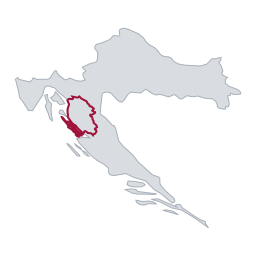 Licko-Senjska on a map of Croatia (Natural Earth projection)
{"feature_id": "HRV-1584", "entity_name": "Licko-Senjska", "entity_type": "County", "adm_level": 1, "iso_a3": "HRV", "parent_name": "Croatia", "parent_adm1": "", "projection": "natural_earth1", "projection_center": [15.249, 44.713], "detail": "fine", "context": "in_parent", "style": "outline", "palette": "rose", "viewbox_px": 256, "rotation_deg": 0, "n_neighbors": 0, "source": "natural_earth", "source_scale": "10m", "svg_char_len": 6307}
<svg xmlns="http://www.w3.org/2000/svg" viewBox="0 0 256 256"><path d="M17.7,77.5L19.1,79.4L29.2,81.8L31.4,80.8L32.7,79.2L32.7,78.2L33.6,77.9L37.1,79.4L48.0,79.2L50.2,78.0L54.3,71.3L55.6,70.7L56.5,71.0L57.1,73.0L58.7,74.9L64.2,79.4L66.2,79.9L68.2,78.7L70.3,78.3L76.3,80.7L81.3,81.2L85.1,79.9L83.2,76.3L82.9,74.5L83.2,72.9L85.7,71.3L85.6,70.6L82.5,67.8L82.7,67.0L89.4,63.9L95.9,62.1L97.0,60.8L97.9,54.9L97.5,51.7L94.9,48.8L94.7,47.3L95.3,45.8L96.3,44.4L102.0,42.8L110.2,39.3L112.7,36.1L114.2,35.6L118.8,36.0L119.8,35.3L119.2,30.7L120.0,29.5L122.4,28.2L126.4,28.7L129.8,29.9L138.6,33.9L143.4,37.7L146.0,41.8L149.6,45.0L154.0,47.3L157.6,50.4L160.2,54.3L163.9,56.5L168.6,56.9L171.6,58.3L172.8,60.5L175.4,62.5L179.3,64.2L185.3,65.2L200.4,66.0L207.0,64.0L212.0,58.6L214.1,59.0L221.1,57.4L220.7,60.6L218.7,62.0L220.8,65.4L222.9,70.8L221.8,73.4L223.2,75.5L227.5,77.6L226.3,78.2L225.4,80.0L225.3,83.2L228.7,86.2L237.9,89.6L240.6,92.3L240.6,93.4L240.2,94.2L233.2,94.4L230.5,93.1L230.3,95.2L227.7,95.9L229.3,103.9L228.7,106.2L227.8,106.9L225.8,106.5L225.3,107.3L225.8,108.9L223.3,109.1L219.2,108.3L217.4,106.7L217.0,103.7L215.7,101.3L212.4,98.8L205.7,98.4L197.9,96.1L192.3,96.8L186.9,95.7L182.2,98.8L179.9,98.8L175.1,94.9L173.7,94.7L169.6,96.6L168.0,96.7L161.1,94.6L158.6,94.3L156.8,95.0L153.5,94.2L145.5,89.2L140.7,93.0L130.7,92.1L127.7,94.7L124.4,99.8L121.6,102.2L119.2,101.3L116.4,99.1L111.4,93.4L109.0,92.4L106.1,92.1L103.6,92.7L102.2,93.9L100.4,109.6L100.3,114.0L105.8,118.1L112.3,125.1L114.4,125.9L115.5,128.2L118.8,140.8L122.1,145.2L133.3,155.5L138.1,162.0L152.5,174.8L158.8,177.1L159.8,178.3L159.9,183.3L160.6,185.1L164.9,190.3L173.6,198.0L174.6,199.7L174.9,201.0L174.3,202.0L172.1,203.1L162.1,194.4L154.3,189.7L145.5,180.9L133.8,177.4L125.8,173.5L115.7,175.3L112.4,175.4L110.0,174.7L108.4,172.3L108.3,168.0L103.7,164.1L97.3,160.5L91.3,155.7L79.2,142.9L76.7,138.7L83.0,137.2L90.1,138.0L82.4,132.6L71.3,121.9L68.0,116.9L67.6,111.4L68.5,104.0L66.5,98.7L58.0,91.8L54.9,88.1L48.6,86.0L45.8,86.2L44.1,88.9L42.8,94.8L32.4,110.6L28.3,110.5L23.8,103.0L19.5,97.3L18.6,91.4L15.4,79.2L17.7,77.5ZM205.3,221.6L205.4,223.4L208.5,227.8L194.6,217.9L181.4,210.0L172.1,208.0L159.4,201.6L151.2,199.3L157.9,198.8L177.5,207.4L175.3,205.1L178.1,204.2L180.5,204.8L182.1,207.6L193.1,215.2L200.1,219.6L205.3,221.6ZM52.4,119.1L52.1,121.0L49.7,118.6L48.6,114.3L45.7,107.4L45.3,105.5L46.8,103.6L46.7,101.6L44.7,95.6L46.4,94.6L47.5,94.5L47.9,98.7L48.8,101.1L51.6,104.0L51.0,108.9L51.6,115.9L52.4,119.1ZM64.8,103.7L60.0,104.7L57.8,102.9L57.2,101.4L53.3,100.9L50.5,97.8L53.8,95.5L55.6,91.7L62.1,99.4L64.8,103.7ZM141.0,186.8L134.9,187.0L129.6,186.1L127.0,184.6L128.0,181.1L133.9,181.4L142.9,182.9L145.1,184.7L144.4,185.5L141.0,186.8ZM156.9,193.9L154.2,194.4L137.0,194.0L131.9,193.0L125.2,189.6L130.8,188.9L136.0,189.6L137.6,191.5L156.9,193.9ZM79.3,134.9L78.3,136.2L68.7,127.6L67.6,124.7L62.8,118.9L62.1,117.3L66.5,121.2L68.1,121.5L72.3,125.2L76.4,130.0L81.2,134.2L79.3,134.9ZM135.9,200.2L143.0,201.6L148.3,201.0L153.0,201.8L156.7,204.1L148.6,203.6L143.7,205.2L139.3,204.3L137.7,203.3L136.5,202.0L135.9,200.2ZM79.3,155.0L79.8,156.2L77.2,155.8L67.8,145.1L66.8,143.1L70.2,145.5L79.3,155.0ZM62.6,110.1L66.5,116.5L62.9,114.5L59.7,113.8L59.0,112.3L60.2,110.0L62.6,110.1ZM173.0,211.3L178.4,214.7L162.8,210.3L166.2,209.8L173.0,211.3ZM86.3,152.5L88.9,156.2L86.4,155.4L83.9,153.2L82.4,150.7L86.3,152.5ZM80.9,148.2L81.5,149.9L76.7,146.7L74.5,143.6L80.9,148.2Z" fill="#d9dde1" stroke="#a8b0b8" stroke-width="1"/><path d="M83.3,133.5L78.0,128.5L76.2,126.2L75.1,125.1L74.0,124.7L73.9,124.5L72.6,123.5L72.3,123.5L72.1,123.1L68.2,117.7L67.6,116.0L68.0,115.4L68.0,114.7L67.7,113.9L67.6,112.9L67.5,110.2L67.6,109.3L68.4,106.3L68.8,105.5L69.0,104.6L68.8,103.5L67.5,100.9L67.7,100.5L67.7,99.9L67.7,99.7L67.8,99.6L69.2,98.8L69.5,98.8L69.9,99.0L70.0,99.1L70.8,99.0L71.9,99.1L72.5,99.1L72.8,99.0L72.9,98.8L73.1,98.5L73.1,98.1L73.1,97.9L72.4,96.6L76.9,97.5L78.2,97.4L79.1,96.6L79.3,96.4L79.5,96.5L79.8,96.9L80.0,97.2L80.2,97.4L80.5,97.7L80.7,97.8L80.9,98.1L81.1,98.3L81.3,98.5L86.5,101.3L86.8,101.6L87.5,103.2L87.7,103.5L88.1,103.9L88.9,104.4L89.1,104.6L89.2,104.8L89.5,105.7L89.6,106.0L89.9,106.3L90.0,106.4L90.2,106.5L90.3,106.5L90.9,106.4L91.4,106.4L91.7,106.6L91.8,106.7L91.9,106.9L92.0,107.1L92.3,107.4L93.8,108.5L93.5,109.4L93.0,109.9L92.3,110.4L92.2,110.5L92.4,110.9L93.0,111.3L93.7,111.6L94.1,111.9L94.3,112.0L95.0,112.1L95.1,112.5L95.1,112.8L94.9,113.0L93.8,113.7L93.4,114.0L93.0,114.2L92.7,114.3L92.5,114.5L92.2,114.6L91.9,114.7L90.6,114.6L90.3,114.7L90.2,114.9L90.2,115.3L90.3,115.7L90.7,116.1L91.0,116.4L91.6,116.8L91.9,116.9L92.1,117.3L92.3,117.7L92.5,118.5L92.5,119.4L92.6,119.7L93.2,120.3L93.4,120.5L93.6,121.5L93.7,121.8L93.7,122.1L93.5,122.4L93.5,122.6L93.7,122.9L96.0,124.9L96.5,125.6L97.1,127.2L95.2,128.5L94.9,128.8L94.8,129.0L95.0,129.4L95.2,129.5L95.3,129.6L95.5,129.7L95.7,129.8L95.8,129.9L95.8,130.1L95.9,130.3L96.0,130.4L96.1,130.5L96.3,130.6L96.5,130.9L96.4,131.2L96.3,131.7L96.0,132.3L95.7,132.8L95.1,133.5L94.7,133.9L94.2,134.1L93.8,134.1L93.5,134.2L93.3,134.3L93.0,135.2L91.7,133.7L91.3,133.4L91.0,133.3L88.1,133.0L87.8,133.0L87.6,132.9L87.4,132.7L86.9,132.1L86.0,131.5L85.5,131.2L85.3,131.1L85.0,131.1L84.6,131.2L84.3,131.5L84.2,131.8L83.3,133.5L83.3,133.5ZM67.3,124.0L66.9,123.7L62.9,119.2L62.2,118.1L61.8,117.0L62.0,117.0L63.6,118.7L66.1,122.0L67.6,123.0L67.4,121.6L68.3,121.6L69.7,122.3L70.7,123.3L71.6,124.6L72.2,125.1L73.6,125.6L74.0,126.1L74.4,126.9L74.9,127.7L74.2,127.6L73.1,126.8L72.3,126.7L72.5,126.2L71.0,125.1L70.2,124.9L69.8,124.6L69.3,124.4L68.6,124.4L68.6,124.7L70.7,125.7L73.9,129.9L75.7,131.0L75.1,130.6L74.5,129.9L74.0,129.1L73.6,128.0L75.2,128.8L78.8,132.2L79.7,132.7L80.2,133.3L81.3,134.2L81.8,134.7L81.1,134.9L80.2,134.4L79.2,133.7L78.4,133.4L78.4,133.7L79.1,133.8L79.7,134.2L80.3,134.8L80.8,135.4L80.0,135.4L80.0,135.6L80.1,135.8L80.3,135.9L80.5,136.0L79.7,135.8L78.0,135.1L77.1,135.1L77.1,135.4L78.6,136.4L78.6,136.7L77.8,136.5L77.0,136.1L76.3,135.4L75.7,134.7L75.7,134.4L76.3,134.4L76.3,134.0L76.0,133.9L75.8,133.7L75.5,133.0L75.9,133.1L76.1,133.0L76.3,132.8L76.5,132.4L75.5,131.8L75.2,131.7L74.9,131.7L74.2,132.1L73.9,132.0L73.5,131.6L72.8,130.3L70.4,128.5L70.1,128.5L68.1,127.3L68.1,127.0L68.3,127.0L68.7,126.8L68.9,126.7L68.4,125.9L67.3,124.4L67.3,124.0Z" fill="none" stroke="#9f1239" stroke-width="2"/></svg>